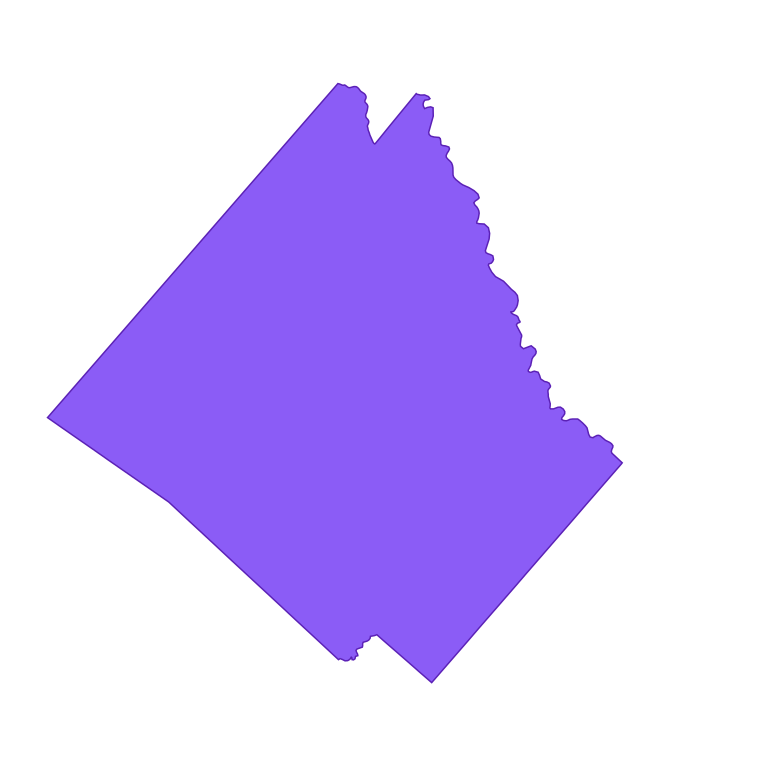 an SVG outline of Arkansas, rotated 311°
{"feature_id": "USA-3528", "entity_name": "Arkansas", "entity_type": "State", "adm_level": 1, "iso_a3": "USA", "parent_name": "United States of America", "parent_adm1": "", "projection": "equal_earth", "projection_center": [-91.2, 34.755], "detail": "fine", "context": "isolated", "style": "filled", "palette": "violet", "viewbox_px": 768, "rotation_deg": 311, "n_neighbors": 0, "source": "natural_earth", "source_scale": "10m", "svg_char_len": 4287}
<svg xmlns="http://www.w3.org/2000/svg" viewBox="0 0 768 768"><g transform="rotate(311 384 384)"><path d="M567.1,350.1L567.4,350.7L570.5,354.7L570.4,360.3L567.0,364.9L562.4,368.2L551.2,373.0L550.0,374.7L550.5,377.0L551.6,379.7L552.1,382.1L550.7,383.9L549.8,385.0L547.6,385.7L545.4,385.6L543.5,384.3L542.2,384.7L540.8,387.4L539.1,392.0L538.2,397.7L540.0,406.8L539.0,418.1L539.1,422.7L538.3,426.6L535.0,430.5L531.4,432.7L529.1,433.6L524.9,434.2L523.7,434.1L522.9,433.6L521.7,432.5L521.2,433.2L521.2,434.4L521.5,436.3L522.4,438.8L522.6,440.5L522.2,441.6L520.8,444.1L520.5,445.4L520.1,446.0L519.1,445.8L517.5,444.9L516.1,445.0L515.5,445.2L515.0,446.0L511.2,455.8L509.9,456.9L508.3,457.5L503.3,460.9L502.0,462.3L502.1,466.1L509.4,470.0L509.6,475.2L508.3,477.6L506.7,478.6L504.7,478.9L502.3,478.8L500.0,479.3L495.7,481.7L494.4,482.5L489.0,483.8L488.2,484.7L488.6,486.6L489.6,487.5L490.9,488.1L492.3,489.0L494.0,492.6L492.5,495.9L490.6,498.9L491.2,503.5L492.4,505.6L493.0,508.1L491.7,511.0L490.7,511.5L488.0,511.6L486.8,511.9L485.8,512.7L483.7,515.0L483.0,515.5L482.1,516.5L478.2,522.4L476.3,523.9L474.8,524.8L474.5,526.0L476.5,528.3L480.7,530.6L482.3,532.4L482.7,535.7L481.8,538.5L480.1,539.9L477.8,540.3L475.4,540.3L473.8,541.3L474.3,543.5L475.8,545.7L477.4,546.7L479.3,547.5L481.3,549.3L484.7,553.2L484.9,555.6L484.9,559.5L484.6,563.5L484.1,566.0L480.3,571.5L479.2,574.4L480.6,577.0L481.7,577.2L484.9,578.5L486.2,579.8L486.7,581.4L486.8,588.1L488.0,592.6L488.2,594.9L487.6,597.3L486.3,598.2L484.2,598.8L482.2,599.8L481.3,601.4L480.8,615.5L479.4,615.6L461.3,615.6L443.2,615.6L425.1,615.6L407.0,615.7L388.9,615.7L370.8,615.7L352.7,615.7L334.6,615.7L316.5,615.8L298.4,615.8L280.3,615.8L262.2,615.8L244.2,615.9L226.1,615.9L208.0,615.9L189.9,615.9L189.9,599.9L190.0,583.9L190.0,567.8L190.0,551.8L190.1,543.1L189.1,542.6L187.6,541.7L184.7,539.3L182.8,540.4L180.7,540.5L178.8,539.9L175.4,537.7L173.9,538.3L172.5,539.6L171.2,540.3L166.3,537.5L164.6,537.6L163.6,539.2L162.8,541.3L161.8,542.5L159.7,541.2L157.6,542.4L155.8,542.0L155.0,540.7L156.3,539.3L156.3,538.5L153.8,538.9L151.4,538.1L149.5,536.2L148.8,533.4L147.9,531.0L146.1,530.5L147.1,501.4L148.0,472.4L149.0,443.3L149.9,414.4L150.8,385.5L151.8,356.6L152.7,327.7L153.7,298.9L151.7,280.5L149.7,262.1L147.7,243.7L145.7,225.4L143.8,207.0L141.8,188.7L139.8,170.4L137.9,152.1L165.1,152.1L192.3,152.1L219.6,152.1L246.8,152.1L274.0,152.1L301.3,152.1L328.5,152.1L355.7,152.1L383.0,152.1L410.2,152.1L437.4,152.1L441.2,152.1L464.7,152.1L491.9,152.1L519.1,152.1L546.4,152.1L573.6,152.1L580.5,152.1L580.6,152.4L580.8,152.7L581.3,153.7L582.3,156.7L582.6,157.1L583.0,157.5L583.5,157.8L583.9,158.2L584.0,158.7L584.1,159.3L584.2,161.4L584.3,162.1L584.5,162.8L584.8,163.3L585.2,163.8L588.5,166.0L588.9,166.4L589.4,166.9L589.7,167.4L590.1,167.9L590.3,168.6L590.4,169.3L590.4,170.0L590.4,170.8L589.7,174.0L589.7,174.8L590.2,178.7L590.1,179.3L590.0,180.0L589.8,180.6L589.5,181.2L589.2,181.8L588.8,182.2L588.3,182.6L587.8,182.9L585.3,183.7L584.8,184.1L584.4,184.6L584.2,185.2L583.9,187.8L583.6,188.5L583.3,189.1L583.0,189.6L582.5,190.0L579.4,191.9L577.2,192.9L575.9,193.3L575.4,193.5L574.4,194.3L574.0,194.7L573.6,195.3L573.4,195.9L573.2,196.6L573.1,197.8L573.0,198.5L572.7,199.2L572.5,199.8L572.1,200.3L571.6,200.7L571.1,201.0L570.5,201.3L568.6,201.8L568.0,202.1L567.6,202.4L567.2,202.9L566.5,204.0L565.3,205.4L563.7,208.4L562.8,209.7L559.3,217.1L559.0,218.3L559.0,218.9L559.1,219.5L559.7,219.7L567.0,219.5L581.2,219.0L595.3,218.6L609.5,218.2L623.7,217.8L623.9,217.8L624.1,217.8L624.3,217.8L624.3,218.7L626.1,222.1L628.8,225.0L630.1,229.0L629.5,231.5L627.9,231.1L625.0,228.6L622.8,228.9L620.9,229.9L619.5,231.5L618.5,234.0L621.2,235.3L623.8,237.4L624.7,239.8L618.5,245.4L603.3,252.6L601.9,254.4L601.8,256.8L603.3,259.8L606.2,263.8L606.1,265.5L604.4,267.6L602.7,269.1L602.0,270.3L602.5,271.9L604.1,274.3L605.4,277.5L604.4,279.2L602.1,279.9L599.7,280.2L597.2,281.0L596.0,282.3L595.6,284.6L595.5,287.9L595.1,290.1L593.9,292.3L592.3,294.2L587.0,299.0L585.8,301.1L585.4,304.2L585.6,310.2L586.0,312.9L588.0,319.5L589.0,325.1L588.9,330.4L586.9,333.7L584.8,333.6L582.1,332.8L579.7,332.9L578.7,335.2L578.5,337.8L577.8,340.1L576.8,342.1L575.3,343.8L571.6,346.1L569.3,347.1L567.4,347.5L566.3,348.5L567.1,350.1Z" fill="#8b5cf6" stroke="#5b21b6" stroke-width="1.5"/></g></svg>